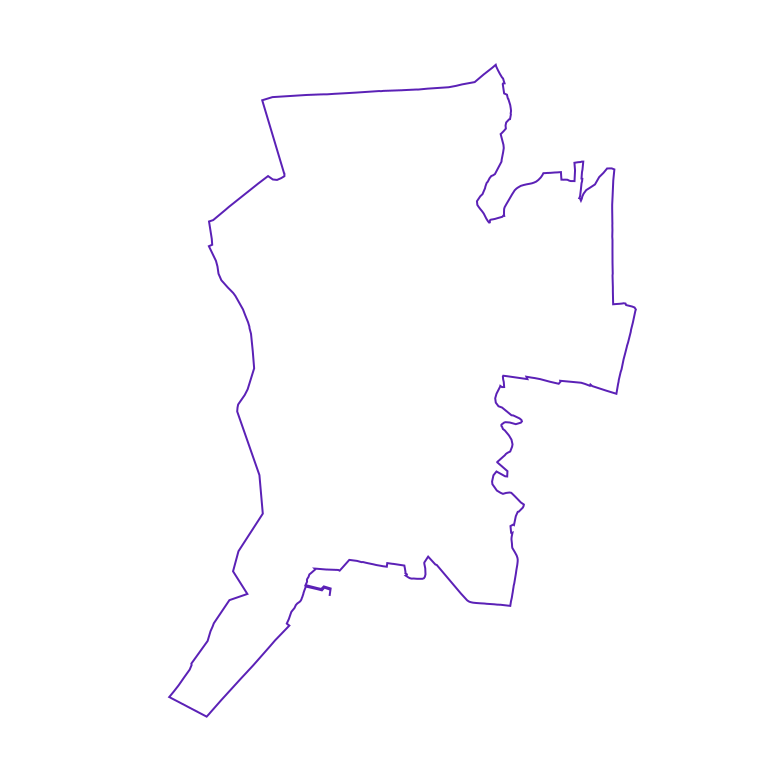 the district of Zacatepec, Morelos, Mexico, rotated 351°
{"feature_id": "50627088B6511660519549", "entity_name": "Zacatepec", "entity_type": "district", "adm_level": 2, "iso_a3": "MEX", "parent_name": "Mexico", "parent_adm1": "Morelos", "projection": "orthographic", "projection_center": [-99.2, 18.65], "detail": "fine", "context": "isolated", "style": "outline", "palette": "violet", "viewbox_px": 768, "rotation_deg": 351, "n_neighbors": 0, "source": "geoboundaries", "source_scale": "gbopen_adm2", "svg_char_len": 6104}
<svg xmlns="http://www.w3.org/2000/svg" viewBox="0 0 768 768"><g transform="rotate(351 384 384)"><path d="M642.3,218.8L645.1,208.1L642.7,206.7L638.1,206.0L633.8,209.8L628.9,213.3L624.8,218.4L623.6,219.9L617.8,222.5L614.1,224.1L611.0,227.1L609.2,229.8L608.4,231.8L607.2,233.7L606.5,231.0L606.0,230.9L607.0,229.3L608.8,223.0L610.6,216.3L610.7,216.2L611.3,214.9L612.0,212.3L611.2,212.0L612.7,205.7L613.6,203.2L615.6,195.5L614.1,195.3L612.7,195.5L610.2,195.3L608.6,195.3L606.7,195.3L606.3,200.4L606.1,202.9L603.9,213.4L601.6,213.0L600.4,212.8L600.0,212.7L598.7,212.1L597.2,211.0L595.5,210.6L593.2,210.3L591.2,209.9L591.9,202.4L588.1,202.1L586.5,201.9L585.6,201.8L581.6,201.5L579.9,201.3L578.4,201.1L575.8,200.9L574.4,200.7L573.0,202.6L571.2,204.5L568.4,206.6L568.0,206.8L566.0,207.9L563.8,208.5L561.6,208.9L559.8,209.0L556.1,209.1L553.2,209.3L550.1,209.7L548.3,210.4L546.8,211.0L545.4,211.7L543.4,213.1L540.2,216.7L536.7,221.0L533.0,225.5L530.8,228.3L530.0,230.0L529.4,233.1L529.0,235.8L529.0,236.7L528.1,236.4L527.3,237.2L526.8,237.4L522.5,237.9L519.5,238.3L517.4,238.4L515.6,238.4L514.9,238.5L514.3,238.9L513.9,240.2L513.8,240.9L513.1,241.0L512.2,239.6L510.9,236.6L509.9,233.5L509.2,231.3L508.0,228.9L506.3,226.0L505.2,223.9L504.2,221.7L504.4,218.0L508.5,213.6L511.0,211.9L513.3,208.2L514.4,206.5L515.0,204.9L516.7,201.7L517.2,201.1L518.0,200.6L520.5,197.2L522.6,195.3L523.9,195.1L526.3,194.1L526.5,193.9L534.8,182.8L535.3,180.9L537.9,173.8L539.2,169.7L539.4,166.4L538.3,155.4L539.0,155.0L541.7,153.0L544.3,150.8L544.5,147.7L545.6,144.8L548.9,142.2L549.9,142.1L551.5,137.6L551.4,136.8L552.2,134.1L552.3,131.5L552.3,128.2L551.4,121.9L551.1,121.7L550.9,120.5L550.7,117.5L548.1,115.8L548.2,106.3L548.6,105.8L550.1,105.9L549.7,103.4L549.4,100.9L548.5,99.6L546.9,95.6L545.7,92.1L544.5,88.0L544.3,86.2L540.4,88.6L531.0,93.8L520.8,100.0L507.9,100.3L501.9,100.8L494.7,101.0L494.2,101.0L473.2,99.1L463.4,98.5L462.8,98.3L457.4,97.7L449.1,96.8L447.0,96.6L445.6,96.4L435.7,95.2L429.3,94.4L426.8,94.3L425.1,93.9L401.9,91.8L392.7,90.9L380.1,89.6L373.2,89.0L367.8,88.2L352.6,86.4L318.7,83.2L308.1,84.7L318.3,160.4L318.5,160.5L318.5,161.1L318.1,163.2L314.6,164.6L310.3,165.7L306.2,164.6L302.0,160.5L291.2,166.3L258.5,184.8L254.8,187.1L240.9,195.4L236.6,196.1L236.6,213.7L236.1,219.6L232.6,220.5L237.3,236.1L237.9,241.8L237.8,249.2L239.6,256.1L244.8,264.2L249.3,270.5L251.0,273.8L256.4,288.3L257.6,294.0L259.4,301.8L260.0,306.2L259.9,307.9L260.5,313.6L259.5,331.2L258.2,348.2L248.5,367.9L244.7,373.1L237.6,380.5L236.7,381.5L235.6,384.5L234.7,388.2L246.7,454.5L244.0,493.1L214.1,526.4L205.6,545.4L216.2,570.0L197.5,573.3L178.5,593.7L176.8,596.7L174.0,601.0L169.6,610.2L150.0,630.0L150.0,631.5L147.4,635.7L140.8,642.4L133.9,649.6L128.2,654.9L122.9,659.6L156.8,684.8L159.7,682.5L161.1,681.3L165.8,677.4L174.0,670.6L196.4,652.7L210.7,641.5L228.7,626.6L236.4,620.1L252.7,607.8L250.9,605.9L250.5,605.4L253.3,601.2L256.0,596.1L256.9,594.5L257.8,593.7L258.2,593.3L258.9,592.7L260.5,591.3L262.0,589.1L262.2,588.7L264.0,587.2L265.7,586.4L267.0,585.7L268.0,584.8L268.8,583.7L269.4,582.5L270.0,581.6L270.7,580.2L271.5,578.7L271.9,577.6L272.4,576.7L272.9,575.7L274.7,572.6L275.0,571.9L275.8,572.1L286.0,576.2L290.4,578.1L293.2,575.8L298.9,578.8L297.1,584.8L299.3,577.6L292.9,574.5L290.0,576.6L286.4,575.2L276.6,571.0L274.9,570.6L277.1,567.2L277.2,565.5L277.7,564.5L279.3,562.7L280.5,560.4L282.6,559.2L283.7,558.5L285.3,557.5L287.4,556.2L286.8,555.5L287.3,555.6L297.5,558.1L309.7,560.5L311.0,561.4L313.9,559.1L322.2,552.3L329.7,554.5L333.9,556.4L335.5,556.6L338.1,557.7L340.4,558.6L345.2,560.4L348.1,561.6L352.8,563.2L354.4,563.8L358.2,564.9L359.2,561.4L364.1,562.9L365.0,563.1L375.7,566.5L375.8,569.9L375.8,573.3L375.5,574.3L376.7,575.4L376.7,575.6L376.8,575.9L376.2,576.4L375.9,576.6L375.5,576.7L377.9,578.9L379.1,579.8L380.7,580.5L383.0,580.8L386.3,581.6L391.5,582.4L393.0,582.1L394.2,580.8L395.2,578.5L395.9,572.5L395.8,570.1L395.7,567.7L395.9,566.6L400.5,561.5L400.6,561.4L406.5,570.3L407.8,571.0L427.2,603.0L432.3,610.7L433.7,612.0L434.8,612.7L435.9,613.2L437.7,613.9L440.7,614.7L444.5,615.6L445.0,615.7L445.9,615.9L449.1,616.6L450.8,617.1L458.3,618.8L461.2,619.6L464.7,620.3L474.0,622.9L475.2,619.2L475.3,618.8L476.6,615.6L476.9,614.8L478.0,611.4L478.5,610.0L479.3,607.4L480.2,604.7L480.5,603.6L481.5,601.2L481.7,600.6L484.6,591.9L485.7,588.3L487.2,583.9L487.3,583.6L487.9,581.5L488.3,580.0L488.6,578.3L488.6,576.6L488.2,574.2L486.9,570.5L485.1,566.0L485.1,564.6L485.4,561.8L485.6,557.2L486.0,555.5L486.4,554.3L487.4,551.6L487.7,550.9L486.4,551.1L486.3,550.8L486.7,544.1L489.5,543.1L490.3,543.7L493.5,535.2L496.1,531.2L497.1,531.2L501.8,527.8L502.8,526.3L503.3,524.9L500.7,522.5L496.0,515.8L494.6,513.9L492.7,511.4L491.0,510.8L487.5,510.7L484.3,511.1L482.1,509.7L478.8,506.9L475.4,500.0L475.5,497.2L477.8,491.3L481.4,488.0L489.2,494.1L491.2,494.6L492.3,489.4L483.6,479.1L483.7,478.7L490.9,474.1L491.9,473.5L492.2,473.3L493.4,472.2L495.2,471.3L498.1,470.4L500.7,466.0L501.5,463.7L501.2,458.9L499.4,454.4L496.1,448.8L494.4,447.0L494.0,445.0L493.4,443.8L493.6,442.6L494.8,441.8L495.0,441.8L496.6,440.9L498.0,440.7L502.2,441.7L507.9,444.3L513.1,443.6L514.4,442.5L514.1,441.0L512.5,439.2L506.8,435.3L505.0,434.8L496.9,425.7L493.6,423.9L491.5,419.9L491.6,415.5L493.6,411.2L498.4,404.6L498.6,404.1L500.0,405.5L502.2,405.8L502.6,400.7L502.4,398.0L502.6,395.1L503.1,394.5L506.6,395.5L526.4,401.6L525.8,399.1L530.5,400.7L533.7,401.7L539.0,403.6L548.2,407.7L556.6,411.1L558.7,409.3L558.6,408.4L578.9,413.6L582.4,415.3L587.1,418.0L587.8,416.8L589.3,418.6L602.2,425.2L611.8,429.9L612.0,430.0L615.3,420.3L616.0,418.6L616.5,416.8L619.6,409.2L620.9,406.7L624.5,397.1L627.1,391.2L629.8,384.9L629.9,384.5L631.5,381.3L635.9,371.0L636.4,369.3L639.4,362.3L643.7,351.1L644.4,349.8L643.4,347.6L641.2,346.3L635.5,343.9L635.1,342.3L633.1,341.7L632.0,341.8L628.7,341.6L626.7,341.4L622.8,341.1L624.5,328.6L625.2,324.1L626.7,312.5L627.2,310.7L627.9,305.5L628.7,299.8L630.7,286.9L632.2,277.5L632.5,274.2L633.7,267.7L634.3,263.2L634.8,260.6L634.8,260.3L636.8,246.5L637.4,242.7L639.0,235.0L642.3,218.8Z" fill="none" stroke="#5b21b6" stroke-width="2"/></g></svg>